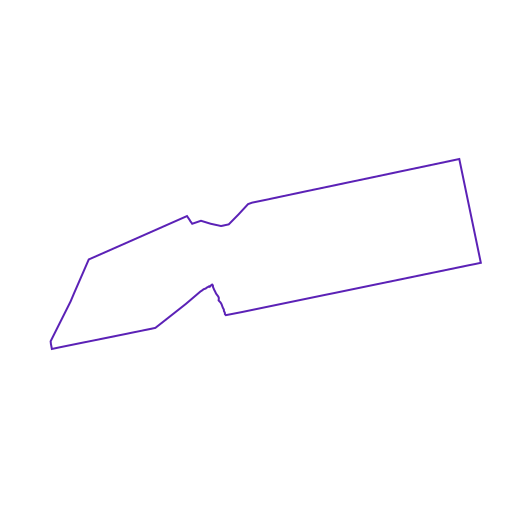 the district of Dongola, Northern, Sudan, rotated 168°
{"feature_id": "16777658B3318260280309", "entity_name": "Dongola", "entity_type": "district", "adm_level": 2, "iso_a3": "SDN", "parent_name": "Sudan", "parent_adm1": "Northern", "projection": "robinson", "projection_center": [30.297, 19.219], "detail": "fine", "context": "isolated", "style": "outline", "palette": "violet", "viewbox_px": 512, "rotation_deg": 168, "n_neighbors": 0, "source": "geoboundaries", "source_scale": "gbopen_adm2", "svg_char_len": 1271}
<svg xmlns="http://www.w3.org/2000/svg" viewBox="0 0 512 512"><g transform="rotate(168 256 256)"><path d="M475.0,207.5L474.9,207.5L471.9,207.5L466.9,207.5L444.8,207.3L398.1,206.8L394.1,206.8L369.4,206.6L348.2,217.0L334.6,223.7L317.6,232.9L316.4,233.3L314.1,234.4L312.4,234.6L311.8,234.7L311.4,235.0L310.5,235.4L309.6,235.6L309.1,235.8L308.5,235.8L308.0,236.2L307.7,236.1L307.5,235.6L307.1,235.8L306.2,236.5L305.4,237.1L304.7,237.1L304.3,236.1L304.5,234.6L304.1,232.6L303.9,231.5L303.5,230.2L303.2,229.0L303.1,228.4L302.7,227.1L301.6,224.8L301.1,223.3L301.2,222.2L301.8,220.3L300.3,217.8L299.7,215.9L299.4,213.6L299.1,211.9L298.6,210.4L298.8,208.8L298.3,207.1L298.4,206.3L298.5,205.6L297.8,204.4L281.6,204.1L244.8,203.9L195.5,203.6L187.5,203.5L49.5,202.7L43.9,202.6L38.4,202.6L38.1,202.6L37.5,202.6L37.5,203.2L37.0,308.6L37.4,308.6L38.1,308.6L41.1,308.6L98.4,308.7L151.4,308.8L193.4,308.9L220.8,308.9L235.3,308.9L248.7,309.0L253.0,308.4L264.6,300.2L276.1,292.6L284.0,292.6L293.7,297.0L302.5,301.9L311.7,300.8L312.2,302.0L312.9,303.5L313.1,304.0L313.2,304.5L314.0,306.5L315.2,309.4L420.3,287.4L429.2,274.9L441.5,257.7L446.8,250.1L471.1,219.7L474.6,215.3L474.9,212.6L474.9,211.9L474.9,211.3L475.0,207.5L475.0,207.5Z" fill="none" stroke="#5b21b6" stroke-width="2"/></g></svg>